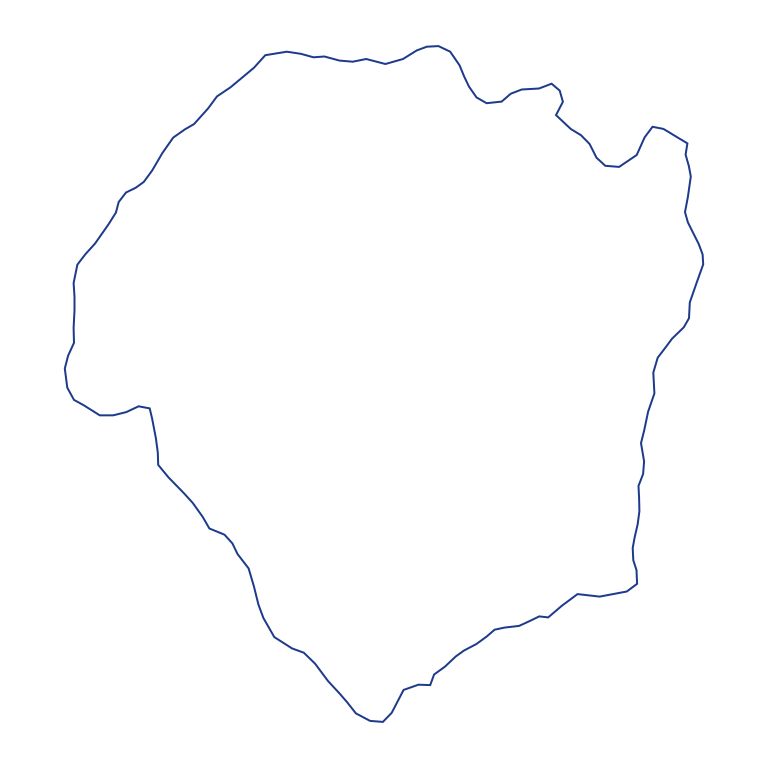 outline of Tarumã, São Paulo, Brazil
{"feature_id": "56859067B95446673661662", "entity_name": "Tarumã", "entity_type": "district", "adm_level": 2, "iso_a3": "BRA", "parent_name": "Brazil", "parent_adm1": "São Paulo", "projection": "orthographic", "projection_center": [-50.598, -22.773], "detail": "fine", "context": "isolated", "style": "outline", "palette": "blue", "viewbox_px": 768, "rotation_deg": 0, "n_neighbors": 0, "source": "geoboundaries", "source_scale": "gbopen_adm2", "svg_char_len": 1887}
<svg xmlns="http://www.w3.org/2000/svg" viewBox="0 0 768 768"><path d="M486.6,103.2L476.5,97.4L469.0,86.6L464.2,76.6L459.6,65.4L450.2,51.7L438.5,46.1L426.8,46.7L416.8,50.4L403.0,59.0L385.4,64.0L366.2,59.0L352.8,61.7L339.6,60.6L324.4,56.5L313.5,57.3L300.8,53.8L286.8,51.7L265.3,55.2L254.0,67.7L230.5,87.3L217.0,96.4L208.2,108.3L194.0,124.1L184.7,129.5L173.2,137.6L162.4,153.0L152.1,170.6L143.8,181.9L135.8,187.7L126.0,192.5L118.7,202.0L115.9,212.6L108.4,224.5L95.0,243.6L85.4,254.2L77.4,264.6L73.6,283.1L74.5,296.6L74.5,310.3L73.6,328.0L74.0,342.8L68.1,355.7L64.8,368.5L67.3,387.7L74.0,399.9L83.8,405.3L99.7,415.3L113.3,415.3L126.3,412.1L138.6,406.3L149.7,408.4L152.2,419.0L155.9,438.3L157.8,452.6L158.2,464.9L168.5,477.4L183.9,493.2L192.7,502.9L202.5,516.6L209.4,528.5L224.5,534.7L232.4,543.4L237.5,554.0L248.6,568.4L254.0,586.7L258.4,604.5L263.4,618.0L274.3,637.1L292.0,648.4L303.8,652.7L315.1,663.7L328.0,681.0L339.3,693.2L347.1,702.2L355.9,713.4L370.1,720.9L382.9,721.9L391.7,712.8L403.6,689.9L418.4,684.7L430.2,685.1L434.1,674.5L445.0,666.6L455.7,656.5L463.9,650.6L476.4,644.0L486.7,636.5L494.6,629.7L504.4,627.6L519.1,625.9L530.4,620.7L539.2,616.4L548.2,617.4L561.8,605.8L577.5,594.1L599.7,596.6L626.8,591.5L637.1,583.8L636.5,570.1L633.3,560.3L632.7,548.0L634.6,537.6L637.7,524.1L639.4,511.2L639.1,498.2L638.5,485.9L643.1,474.0L644.1,461.4L641.0,443.1L644.1,430.8L648.1,411.7L654.4,393.4L653.3,372.6L657.7,357.7L665.8,347.1L672.1,338.6L683.8,327.3L689.0,318.2L689.8,302.4L696.9,282.0L703.2,264.4L702.6,254.4L698.8,244.2L687.9,222.4L685.0,212.2L687.9,196.8L690.8,176.5L688.9,166.3L685.6,154.6L687.4,143.4L663.4,128.9L652.5,126.8L644.6,137.4L636.7,155.0L619.1,166.9L605.3,165.8L596.5,157.7L589.6,144.0L581.1,135.3L570.8,129.0L556.0,115.1L562.9,101.8L559.7,90.6L551.6,83.7L539.0,88.5L521.7,89.5L510.8,93.7L501.6,101.6L486.6,103.2Z" fill="none" stroke="#1e3a8a" stroke-width="2"/></svg>